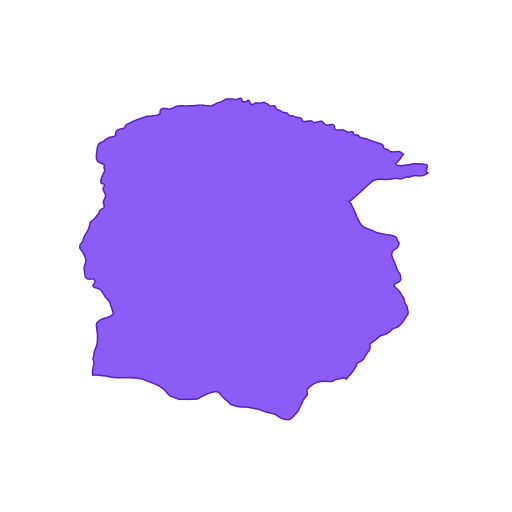 the district of Forohem, Cova Lima, East Timor, rotated 75°
{"feature_id": "22284137B96492698120269", "entity_name": "Forohem", "entity_type": "district", "adm_level": 2, "iso_a3": "TLS", "parent_name": "East Timor", "parent_adm1": "Cova Lima", "projection": "equal_earth", "projection_center": [125.112, -9.256], "detail": "fine", "context": "isolated", "style": "filled", "palette": "violet", "viewbox_px": 512, "rotation_deg": 75, "n_neighbors": 0, "source": "geoboundaries", "source_scale": "gbopen_adm2", "svg_char_len": 6076}
<svg xmlns="http://www.w3.org/2000/svg" viewBox="0 0 512 512"><g transform="rotate(75 256 256)"><path d="M220.3,68.3L218.8,69.8L217.3,69.3L216.1,68.4L214.3,67.5L213.1,67.4L212.0,67.6L210.8,70.1L209.4,73.8L207.8,79.2L207.6,80.0L207.6,81.8L207.4,84.5L207.1,86.4L207.0,88.5L206.7,90.4L206.3,92.2L205.3,95.4L204.7,96.7L203.9,97.2L202.2,96.3L201.5,94.7L200.0,92.3L198.7,90.8L197.6,89.8L196.0,87.2L193.0,89.7L192.1,90.5L190.8,97.4L190.1,98.8L189.5,99.7L187.7,101.0L187.1,101.8L186.5,102.6L185.4,104.5L184.0,104.8L183.1,104.4L182.2,104.6L181.3,105.0L180.3,106.0L173.4,116.5L171.1,119.3L169.7,122.7L168.8,124.0L167.8,125.2L166.4,125.7L165.5,126.4L165.1,127.4L165.0,128.8L164.4,129.8L162.6,130.2L161.8,130.1L161.0,130.5L160.7,131.7L160.5,134.6L159.8,135.8L158.3,137.3L156.9,139.1L156.2,140.6L155.9,142.3L155.9,143.7L155.4,145.0L154.7,146.2L154.0,147.0L152.7,147.0L150.9,146.6L149.8,147.0L148.8,148.0L148.4,149.2L148.4,152.2L147.9,154.1L146.8,155.2L145.3,156.2L143.5,157.0L142.8,157.6L142.4,159.3L142.6,160.4L142.4,162.5L142.2,165.4L141.1,166.5L140.1,167.1L139.5,168.7L139.1,170.9L139.0,173.0L138.6,174.6L138.0,175.7L137.2,176.3L136.2,176.4L135.4,176.3L133.9,177.6L132.4,181.0L131.6,182.4L130.6,183.6L130.0,184.8L129.5,186.6L128.8,187.6L127.8,188.2L126.4,188.6L125.6,189.4L124.9,190.9L124.4,192.6L123.5,193.6L122.5,194.1L122.0,194.7L121.1,195.8L120.3,197.4L119.6,198.3L118.6,198.6L117.4,198.4L116.4,198.7L115.5,199.6L115.2,202.5L114.9,203.5L114.1,204.2L112.4,205.3L110.3,207.7L109.5,208.8L109.6,211.1L109.5,212.3L108.1,216.3L108.0,217.4L108.2,218.4L108.8,219.1L108.9,220.2L108.3,221.3L107.4,221.9L106.1,222.2L104.7,222.2L103.8,222.6L103.5,223.6L104.0,224.8L104.3,226.1L104.0,227.6L103.5,228.7L102.8,229.3L100.8,229.1L99.8,229.5L99.5,231.8L99.9,233.3L99.5,235.6L98.8,236.9L98.0,239.2L96.7,243.8L96.9,245.3L98.1,249.4L98.1,253.3L98.6,255.9L99.3,258.9L99.5,260.6L97.8,265.6L96.4,268.7L95.4,272.4L95.0,275.2L94.6,277.8L93.3,282.9L93.0,284.8L92.6,286.6L92.0,287.6L91.5,289.0L91.2,290.7L90.8,293.7L90.9,294.8L90.9,295.4L91.8,298.5L91.9,300.6L91.6,302.0L90.6,304.0L89.9,305.8L89.4,307.5L89.6,309.0L90.1,310.2L91.6,311.3L93.2,311.5L94.2,313.2L94.4,315.2L94.0,318.2L93.8,320.8L92.8,325.3L93.2,330.8L93.9,338.7L95.6,347.2L96.4,348.5L97.8,349.6L98.5,350.4L98.2,354.2L98.3,356.6L99.1,358.1L99.9,359.1L101.0,359.7L102.3,360.1L103.2,360.7L103.8,361.9L103.8,363.3L103.6,364.8L103.4,366.5L104.0,369.2L104.6,371.3L105.6,373.3L106.2,374.9L106.2,376.2L106.6,377.7L107.1,378.9L109.9,381.1L116.0,383.6L120.0,384.9L121.7,384.9L123.3,384.5L124.5,383.8L128.4,379.1L129.1,379.1L131.8,380.0L133.0,379.7L134.3,380.1L135.0,380.5L138.3,383.2L140.2,384.8L143.7,386.6L145.4,386.8L146.3,386.1L146.7,385.0L147.4,384.0L148.2,383.9L151.2,386.2L152.5,386.5L154.5,386.0L157.8,385.6L159.1,385.7L160.6,386.7L163.6,389.1L165.1,389.7L166.5,389.6L168.7,389.7L169.5,390.0L170.2,390.7L170.8,393.0L171.6,395.0L172.5,396.0L173.8,396.6L174.7,397.4L175.5,399.0L178.0,401.9L179.8,405.4L180.0,406.7L180.8,407.5L183.6,409.0L187.2,411.2L188.4,412.4L192.0,416.3L193.3,417.4L195.4,418.6L196.8,419.3L199.9,423.2L201.2,423.8L202.7,424.1L205.5,423.2L206.9,422.5L208.2,422.1L213.3,421.3L215.9,421.3L217.6,421.8L221.9,424.7L223.5,425.3L225.5,425.5L227.4,425.8L230.0,426.1L232.1,426.2L234.3,425.0L234.9,423.9L235.5,421.9L235.8,419.8L236.5,418.6L237.9,418.0L238.8,418.2L240.3,418.9L241.1,420.1L242.0,421.1L243.1,421.2L244.7,420.0L247.2,415.9L248.9,414.7L252.3,413.4L255.9,412.4L258.3,411.3L262.1,409.4L263.4,409.2L273.0,408.7L274.3,408.5L275.5,409.7L276.5,412.2L276.8,414.5L277.0,421.0L277.5,422.8L278.1,424.5L279.4,427.0L281.4,428.1L291.0,429.5L296.5,431.0L299.1,431.9L301.1,432.9L305.6,436.3L307.3,437.3L309.3,438.0L311.8,439.3L312.9,440.1L315.3,440.0L316.8,440.1L318.6,440.5L320.0,441.5L324.1,443.4L326.2,444.1L328.8,444.6L329.3,442.1L330.4,438.9L331.6,436.1L332.5,433.5L333.1,431.9L334.7,429.0L336.4,425.3L338.0,420.4L340.3,411.4L343.0,403.0L345.1,398.2L352.6,387.8L355.2,384.6L358.6,381.3L361.6,379.0L367.0,376.5L369.5,374.6L370.9,372.4L373.7,368.7L374.4,367.6L375.6,363.6L376.2,360.7L377.0,358.6L378.9,350.0L378.8,348.6L377.9,345.9L377.7,344.6L377.0,341.2L376.5,337.6L376.3,335.1L376.3,331.1L377.1,328.9L378.3,327.3L386.1,323.1L390.7,319.9L392.6,319.1L395.8,314.3L397.5,310.8L399.1,306.0L399.5,304.0L402.4,297.9L405.4,292.1L409.3,286.8L410.5,284.3L413.9,278.3L418.3,274.6L420.3,272.1L421.6,269.8L422.3,267.8L422.6,266.5L422.3,264.7L420.2,260.8L418.8,258.6L417.3,256.3L416.2,255.0L413.1,252.6L410.2,249.8L407.6,247.9L406.0,245.9L404.2,243.4L403.2,242.4L402.4,242.0L401.3,241.8L399.4,241.8L398.3,241.2L396.2,238.0L394.5,233.7L394.0,230.8L393.9,227.7L394.1,224.5L394.9,221.8L396.3,217.5L396.8,215.2L396.6,213.7L396.0,211.7L396.0,210.0L396.3,205.9L396.4,203.4L396.7,202.2L397.4,201.2L398.4,200.4L396.8,198.8L392.8,192.6L391.5,191.2L390.4,189.9L388.1,187.5L386.3,186.6L385.3,184.4L384.8,181.8L383.8,179.4L383.2,178.3L382.0,177.5L380.0,175.6L377.8,172.9L376.6,171.2L374.4,169.6L371.5,169.1L370.7,168.7L369.6,167.1L369.1,165.1L368.2,162.8L365.5,157.2L365.2,155.0L365.1,152.1L364.7,149.5L364.0,147.0L363.0,145.0L362.1,143.7L361.4,140.6L361.5,138.9L361.0,136.9L359.4,133.8L357.7,131.2L351.1,124.0L349.2,123.5L347.6,123.4L346.5,123.8L345.7,123.3L344.6,123.1L342.2,123.7L340.2,124.4L336.6,124.0L334.0,124.5L331.7,125.4L328.8,126.1L326.4,127.0L321.6,130.0L319.9,130.2L318.9,129.1L318.4,126.9L318.2,125.0L317.2,123.1L315.8,122.0L312.6,121.6L310.8,121.5L308.0,122.6L305.3,123.2L297.7,123.9L294.3,124.5L290.1,124.7L289.0,124.3L287.3,123.1L286.2,122.0L285.5,120.7L284.9,117.9L282.9,115.7L282.2,115.2L280.8,114.5L279.4,114.6L277.7,115.4L275.2,115.5L273.5,116.2L272.2,118.0L270.3,121.4L268.9,125.0L267.8,127.3L265.5,131.7L263.8,134.5L262.9,135.4L261.5,137.0L256.6,143.7L254.5,145.5L251.4,146.9L246.4,148.1L243.2,148.6L239.2,149.0L229.7,150.8L227.4,152.2L226.6,149.3L219.9,136.2L215.0,126.8L214.2,124.9L213.6,122.9L213.4,119.9L213.6,117.8L215.4,111.9L216.2,108.4L217.1,101.3L217.6,99.7L218.7,97.3L219.0,95.3L218.6,90.2L219.5,87.9L219.2,83.3L219.8,80.6L220.8,77.9L221.4,75.1L221.5,73.0L220.3,68.3Z" fill="#8b5cf6" stroke="#5b21b6" stroke-width="1.5"/></g></svg>